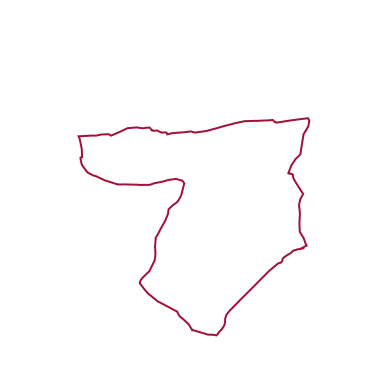 Al Quoz, South Kordufan, Sudan, rotated 209°
{"feature_id": "16777658B4110492233788", "entity_name": "Al Quoz", "entity_type": "district", "adm_level": 2, "iso_a3": "SDN", "parent_name": "Sudan", "parent_adm1": "South Kordufan", "projection": "equal_earth", "projection_center": [29.964, 12.456], "detail": "fine", "context": "isolated", "style": "outline", "palette": "rose", "viewbox_px": 384, "rotation_deg": 209, "n_neighbors": 0, "source": "geoboundaries", "source_scale": "gbopen_adm2", "svg_char_len": 3057}
<svg xmlns="http://www.w3.org/2000/svg" viewBox="0 0 384 384"><g transform="rotate(209 192 192)"><path d="M66.7,197.3L68.3,196.9L66.0,200.4L65.8,200.6L66.2,201.0L66.4,200.8L71.7,205.6L77.3,208.8L78.5,209.5L82.9,216.7L87.1,225.4L92.1,232.6L93.8,238.1L93.8,244.1L103.9,249.6L109.5,252.8L112.6,256.3L113.7,256.0L116.1,255.2L116.2,255.7L116.9,255.4L117.0,256.3L118.0,263.5L117.4,271.1L115.4,277.4L116.4,280.0L117.4,282.6L122.4,296.5L122.2,303.8L122.1,305.7L123.9,311.2L126.2,312.8L131.7,308.9L143.2,300.3L151.9,293.5L152.8,293.7L153.3,293.3L155.5,293.9L156.3,294.1L159.2,292.1L163.7,289.4L168.7,286.3L170.2,285.4L170.4,285.4L172.5,284.1L177.2,281.3L180.0,279.6L180.3,279.5L182.2,277.8L187.4,273.3L194.3,266.7L195.6,265.5L197.3,263.8L201.0,260.1L208.9,252.4L218.4,245.3L222.5,244.4L227.0,241.0L234.5,236.1L238.0,233.8L240.8,231.1L241.6,230.4L243.1,231.6L245.0,230.8L247.3,229.2L248.3,229.2L248.7,229.0L252.1,229.0L255.6,226.7L256.2,227.0L257.0,226.4L260.2,227.8L261.9,226.9L266.2,223.7L271.6,221.7L279.3,216.6L283.6,210.5L290.1,202.1L291.3,202.1L292.8,202.1L293.4,201.8L295.1,200.8L299.2,198.3L303.1,194.9L307.6,192.4L318.2,185.7L316.2,184.2L309.9,177.0L308.0,174.2L306.0,170.6L305.5,170.0L305.0,169.3L305.2,169.1L305.7,168.6L305.5,168.4L306.1,167.7L305.8,167.3L305.0,166.3L301.7,162.5L299.2,161.3L293.9,158.8L293.2,158.8L292.3,158.4L289.1,158.5L285.8,158.7L284.4,159.1L283.8,159.3L281.8,159.4L274.1,159.9L271.2,160.4L271.0,160.5L269.8,160.8L267.8,161.2L261.5,162.4L260.8,162.8L260.5,162.6L255.3,165.6L242.7,172.2L239.9,173.4L238.9,174.2L237.5,174.9L232.4,177.8L229.2,181.4L222.5,187.0L220.9,188.6L219.4,190.2L217.6,191.8L212.3,195.7L206.0,197.2L203.0,195.9L199.9,184.1L199.8,183.6L199.8,183.2L199.7,178.8L199.9,177.4L200.3,175.4L202.6,170.6L204.1,165.4L203.9,165.0L202.4,161.3L202.3,160.5L202.2,159.9L201.5,153.4L201.5,151.0L201.6,146.8L201.4,138.7L201.4,137.4L201.5,134.1L201.4,134.0L200.7,132.8L200.7,132.5L199.6,130.1L199.4,129.9L198.9,128.7L197.8,125.9L196.6,124.5L196.3,123.9L196.0,123.3L194.5,121.2L194.4,121.0L192.4,116.6L192.1,115.8L191.4,113.5L191.4,113.0L191.4,112.1L191.2,108.4L190.9,102.2L192.0,98.5L192.1,98.3L192.7,96.2L192.8,95.8L193.6,93.3L194.1,90.8L194.0,89.0L194.0,88.5L193.2,86.7L191.6,86.1L188.5,84.7L188.3,84.6L181.5,81.9L176.0,81.0L175.1,80.8L172.0,80.3L169.8,79.9L168.9,79.7L167.6,79.8L162.6,79.9L149.9,80.1L147.8,80.2L146.9,80.2L145.4,79.0L144.2,78.1L142.0,77.2L140.0,76.9L139.7,76.8L138.9,76.6L137.4,76.4L136.8,76.2L131.2,74.8L130.7,74.7L130.2,74.5L129.3,73.9L129.0,73.7L124.8,71.2L124.5,71.8L123.5,71.8L112.7,74.2L109.2,74.9L103.8,77.6L102.9,77.9L101.1,78.4L100.5,80.5L100.5,82.5L99.4,86.4L99.2,89.7L99.1,90.9L99.5,92.7L99.7,93.2L100.4,95.1L100.5,95.3L101.5,97.0L101.6,97.5L101.9,98.7L102.4,101.6L101.8,104.6L101.5,106.2L101.5,106.5L97.9,119.4L97.8,119.8L97.4,121.3L93.3,135.5L90.8,144.3L87.8,155.0L86.1,160.9L82.0,171.4L80.0,173.3L79.6,174.9L80.3,177.4L80.2,178.2L80.1,179.0L78.3,182.6L76.5,185.6L75.9,186.9L75.6,187.8L75.2,189.5L71.8,193.1L69.6,194.8L68.2,196.0L66.7,197.3Z" fill="none" stroke="#9f1239" stroke-width="2"/></g></svg>